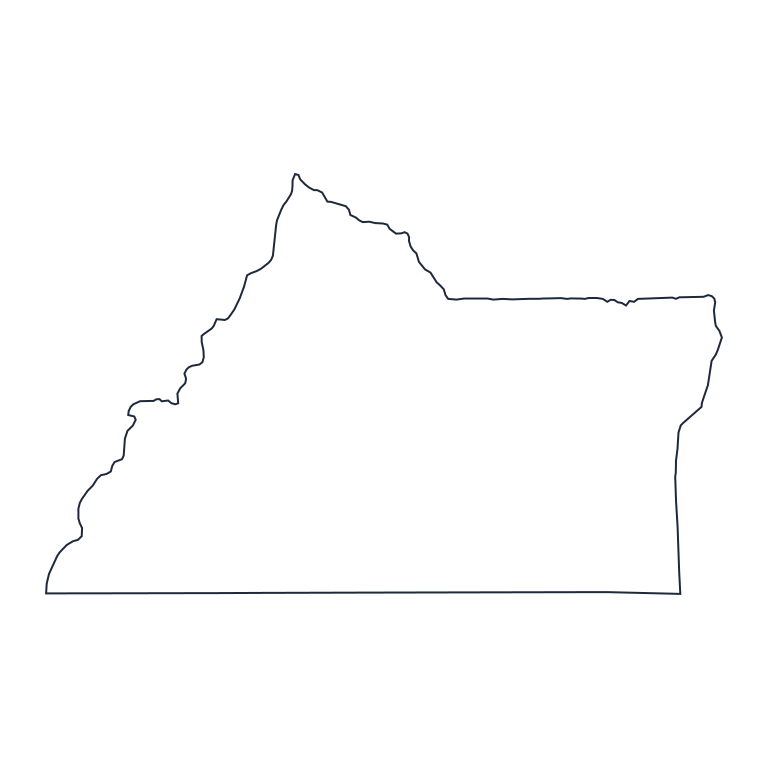 Rio Crespo, Rondônia, Brazil (Equal Earth projection), rotated 180°
{"feature_id": "56859067B97929575878105", "entity_name": "Rio Crespo", "entity_type": "district", "adm_level": 2, "iso_a3": "BRA", "parent_name": "Brazil", "parent_adm1": "Rondônia", "projection": "equal_earth", "projection_center": [-62.748, -9.686], "detail": "fine", "context": "isolated", "style": "outline", "palette": "slate", "viewbox_px": 768, "rotation_deg": 180, "n_neighbors": 0, "source": "geoboundaries", "source_scale": "gbopen_adm2", "svg_char_len": 2414}
<svg xmlns="http://www.w3.org/2000/svg" viewBox="0 0 768 768"><g transform="rotate(180 384 384)"><path d="M592.7,363.7L596.5,364.8L599.9,367.5L606.2,366.7L608.5,368.9L611.7,368.7L614.4,367.1L627.9,366.8L634.7,363.7L637.3,361.1L639.3,357.0L639.8,353.0L633.7,351.5L632.3,348.2L635.1,342.5L640.5,337.2L643.1,329.4L643.5,323.7L644.3,312.5L646.0,308.8L653.4,306.0L655.7,302.2L657.2,296.5L661.6,294.0L667.1,292.8L670.9,289.2L675.4,282.2L680.3,277.3L686.2,268.9L688.2,265.0L689.6,259.3L689.6,249.5L688.2,244.7L685.9,239.9L686.3,231.8L690.0,228.2L695.2,226.7L701.3,223.0L708.3,215.7L710.7,212.2L719.0,194.1L721.3,184.3L721.9,174.6L656.1,174.7L549.5,174.9L505.6,175.1L400.2,175.4L161.5,175.9L87.7,174.1L88.8,195.6L90.4,240.9L91.9,265.7L92.3,276.8L92.8,291.4L92.2,295.5L92.0,307.4L90.5,319.2L89.5,335.5L87.2,342.7L84.7,345.2L66.5,361.1L66.1,365.0L64.0,371.4L60.1,382.8L56.4,407.1L52.1,413.6L50.2,418.1L46.1,430.5L48.6,437.1L52.1,442.0L52.9,446.0L54.1,457.5L52.8,465.6L53.7,469.4L56.3,471.9L59.9,472.9L64.4,471.2L88.6,470.7L92.1,469.2L95.7,470.4L130.1,469.1L133.9,466.2L138.5,467.0L142.0,462.5L146.3,465.1L150.2,465.7L153.6,468.0L157.3,468.2L160.7,466.2L165.2,469.1L171.2,470.0L179.2,470.0L183.3,469.1L186.2,469.4L196.8,469.6L201.2,469.1L206.8,469.9L218.0,469.6L224.7,469.5L229.0,469.2L238.8,469.2L255.7,468.6L265.3,469.1L274.8,468.4L280.7,469.5L303.8,469.5L311.4,468.4L319.8,469.1L322.4,472.7L324.3,478.8L328.6,483.3L331.3,485.6L337.5,495.4L343.0,498.6L349.1,506.2L350.4,510.7L351.6,514.6L354.8,517.5L357.4,521.5L359.0,527.0L358.9,530.8L360.5,534.4L363.5,535.8L366.8,534.6L372.0,534.4L378.3,539.1L380.8,543.4L385.0,544.5L392.7,544.9L398.7,546.3L405.3,545.9L408.8,547.7L412.2,550.5L417.6,553.0L419.1,558.3L422.2,561.8L436.9,566.1L440.6,566.4L445.9,575.5L450.8,577.9L454.1,577.9L458.8,580.4L462.9,583.6L467.7,588.5L469.6,593.0L472.9,593.9L475.4,587.9L475.5,582.2L475.9,577.1L477.1,573.7L481.7,566.4L484.3,563.2L486.8,558.2L491.0,547.7L491.9,542.6L494.6,517.0L495.1,512.3L496.9,508.1L499.4,505.2L507.2,499.1L511.4,496.9L516.9,494.9L520.9,492.7L524.0,481.3L528.3,469.6L533.6,458.6L537.1,453.5L540.0,449.6L543.2,448.0L546.8,448.4L551.4,448.8L554.3,442.0L556.4,439.4L564.0,434.1L566.4,432.0L566.3,425.9L564.6,418.0L564.2,410.8L565.6,405.8L568.5,403.5L576.0,402.2L579.2,400.7L581.5,398.5L583.6,394.4L581.9,389.3L582.8,384.7L587.8,379.7L590.6,374.4L589.8,364.8L592.7,363.7Z" fill="none" stroke="#1e293b" stroke-width="2"/></g></svg>